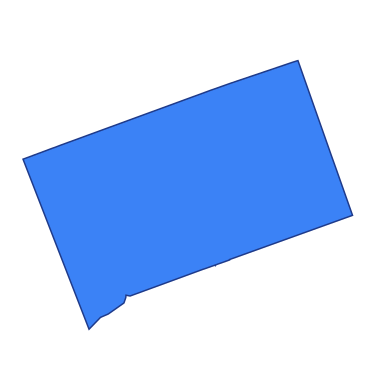 outline of Alamance, North Carolina, United States of America, rotated 69°
{"feature_id": "52423323B75735385248620", "entity_name": "Alamance", "entity_type": "district", "adm_level": 2, "iso_a3": "USA", "parent_name": "United States of America", "parent_adm1": "North Carolina", "projection": "robinson", "projection_center": [-79.37, 36.046], "detail": "fine", "context": "isolated", "style": "filled", "palette": "blue", "viewbox_px": 384, "rotation_deg": 69, "n_neighbors": 0, "source": "geoboundaries", "source_scale": "gbopen_adm2", "svg_char_len": 570}
<svg xmlns="http://www.w3.org/2000/svg" viewBox="0 0 384 384"><g transform="rotate(69 192 192)"><path d="M100.8,338.0L283.2,337.3L276.2,322.2L276.3,321.7L276.2,321.4L275.9,314.0L275.9,313.9L271.2,295.3L266.9,291.7L264.7,290.6L266.9,287.1L268.1,209.0L268.2,208.3L268.5,196.8L269.1,196.6L268.5,195.6L268.9,181.2L268.5,181.1L271.3,50.5L223.5,49.2L206.6,48.8L200.2,48.6L111.0,46.1L107.3,46.0L107.2,46.8L106.9,51.9L104.3,116.4L104.2,120.3L103.7,138.4L103.7,139.0L101.2,297.3L101.2,304.2L101.1,306.5L100.8,338.0Z" fill="#3b82f6" stroke="#1e3a8a" stroke-width="1.5"/></g></svg>